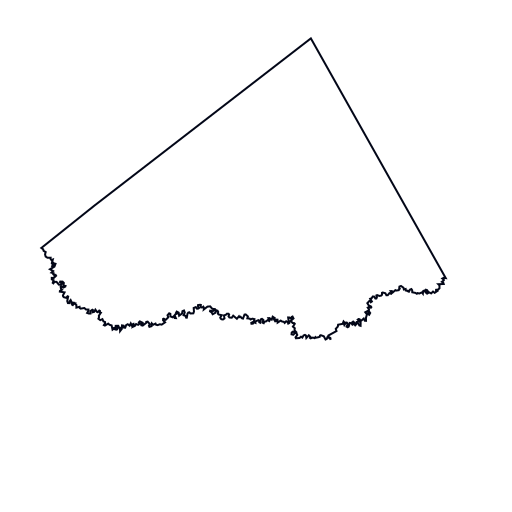 Belgrano, Santiago del Estero, Argentina (Albers equal-area conic projection), rotated 322°
{"feature_id": "61730980B47284560228773", "entity_name": "Belgrano", "entity_type": "district", "adm_level": 2, "iso_a3": "ARG", "parent_name": "Argentina", "parent_adm1": "Santiago del Estero", "projection": "albers", "projection_center": [-62.359, -29.145], "detail": "fine", "context": "isolated", "style": "outline", "palette": "ink", "viewbox_px": 512, "rotation_deg": 322, "n_neighbors": 0, "source": "geoboundaries", "source_scale": "gbopen_adm2", "svg_char_len": 6050}
<svg xmlns="http://www.w3.org/2000/svg" viewBox="0 0 512 512"><g transform="rotate(322 256 256)"><path d="M91.8,117.5L92.4,119.7L91.8,121.2L92.7,123.4L90.8,124.8L89.9,126.9L90.6,129.0L93.1,130.9L92.3,131.8L92.3,133.3L93.7,133.7L90.6,136.0L90.6,136.4L92.1,136.6L92.2,137.5L89.0,138.5L89.0,139.2L91.4,138.9L92.6,137.9L93.2,138.7L90.6,140.3L85.5,139.6L86.9,143.0L84.6,143.2L85.9,145.1L85.0,145.7L85.4,146.7L84.8,147.8L86.4,147.7L86.3,148.5L83.1,148.8L81.6,147.5L80.7,148.7L81.6,150.5L79.3,152.0L79.5,152.8L81.2,152.3L82.9,153.6L83.0,157.2L84.6,158.6L86.3,158.3L85.4,155.9L86.0,155.6L87.8,157.1L88.0,158.9L85.9,161.0L87.4,162.3L86.9,162.7L84.8,162.3L83.9,160.1L83.1,160.0L82.2,161.7L82.4,163.1L80.0,162.8L79.5,163.3L82.7,166.8L79.6,168.2L79.1,169.2L79.3,170.3L80.7,172.1L82.7,171.7L83.0,172.3L79.5,175.3L78.8,177.3L80.1,178.4L81.2,177.0L82.8,176.6L82.2,179.2L83.2,180.2L81.5,180.4L81.1,181.2L81.4,181.9L83.1,181.5L84.5,182.2L84.0,182.8L84.3,184.0L82.7,186.1L85.7,187.4L85.1,188.5L85.4,189.5L88.7,191.3L89.1,193.5L91.0,195.0L90.2,196.0L87.9,196.9L88.9,198.5L90.1,199.4L91.6,197.5L94.0,197.6L94.2,198.1L92.7,199.8L94.2,200.4L96.4,199.4L96.3,202.3L96.7,202.9L98.9,202.5L99.2,203.2L98.3,204.4L98.8,205.2L95.4,206.3L94.6,207.6L93.2,208.4L93.8,210.7L96.1,211.2L95.5,213.6L96.4,215.1L95.7,216.1L93.6,216.8L94.1,217.8L97.9,218.3L98.2,220.0L99.5,221.8L97.6,225.7L98.8,225.7L99.5,226.6L100.0,225.3L100.6,225.5L100.5,228.0L101.3,228.3L102.9,227.1L102.2,225.2L102.5,224.7L104.5,226.2L103.5,230.4L102.7,231.5L105.4,230.8L105.8,229.4L106.7,229.5L107.5,230.6L107.8,229.9L107.1,228.9L107.7,228.2L108.8,229.4L108.5,231.2L108.9,231.9L111.2,230.5L112.9,230.8L113.5,233.1L115.8,232.0L115.3,234.5L116.5,233.8L117.7,234.1L117.3,235.1L115.5,236.0L117.5,236.5L119.6,235.8L120.8,237.7L121.7,237.7L122.6,237.6L122.8,236.2L124.2,236.0L125.6,238.9L125.4,239.3L123.8,238.8L123.2,239.4L123.0,240.0L123.9,241.1L128.4,241.1L129.0,240.4L130.2,241.0L130.4,244.3L128.7,245.0L128.4,246.2L130.5,247.0L132.4,245.0L132.7,246.9L135.2,247.4L134.9,248.6L135.9,249.9L138.2,250.6L139.4,252.0L143.5,252.3L143.2,249.4L144.1,248.4L144.7,248.6L145.5,250.7L148.5,250.4L149.2,250.2L149.8,248.2L152.3,247.7L152.9,248.8L151.4,250.9L152.5,252.9L154.2,252.8L153.7,254.8L154.6,255.6L155.4,252.6L156.6,252.3L158.7,252.9L159.1,252.4L158.4,251.4L159.3,251.0L160.2,253.0L158.7,255.7L162.3,255.8L164.1,254.2L165.7,254.6L165.1,256.6L162.5,258.1L163.6,259.7L163.0,261.6L163.5,262.0L166.5,259.3L167.8,258.9L168.8,259.3L168.9,260.9L171.3,262.6L172.9,261.6L174.9,258.6L177.1,259.2L177.0,261.1L177.9,261.8L179.1,261.9L179.3,259.9L180.1,259.0L181.9,260.0L182.4,260.6L181.1,262.0L181.2,262.8L181.9,263.5L183.3,263.5L183.0,265.1L182.0,266.0L186.6,266.0L188.9,267.5L189.0,270.7L191.0,272.6L191.0,273.1L189.4,273.2L187.6,272.6L186.2,270.9L185.7,271.3L186.3,273.2L186.0,275.2L188.8,275.7L191.5,274.7L192.0,275.4L191.8,276.8L190.5,277.8L190.5,279.0L192.6,281.6L189.9,282.5L189.6,283.7L190.0,284.8L190.9,285.7L192.7,285.8L194.2,283.1L196.2,283.8L197.6,283.6L198.8,284.6L198.8,285.6L197.2,286.6L197.2,288.1L198.9,289.7L201.3,289.0L202.3,293.7L205.5,293.0L205.4,294.0L206.4,294.3L206.5,296.3L207.2,297.3L210.9,295.1L211.9,295.7L212.4,298.6L210.8,299.8L212.5,301.5L212.6,302.6L214.6,303.2L215.9,304.8L214.0,306.3L211.1,305.8L210.7,306.6L211.9,307.4L213.7,307.1L214.4,308.3L215.1,307.2L218.4,308.0L218.7,308.6L217.8,310.2L218.2,311.1L221.0,308.9L222.0,309.2L222.4,310.8L220.1,312.5L220.7,313.7L222.3,312.9L223.5,313.7L225.8,313.7L226.4,315.4L227.1,315.1L227.5,312.6L228.4,313.2L229.2,315.8L231.8,314.1L232.5,316.3L231.2,316.7L230.9,319.3L232.1,319.8L231.9,319.3L232.6,318.5L233.7,319.4L232.0,321.8L235.7,322.1L236.2,323.7L237.4,325.0L237.4,326.4L239.6,326.0L240.3,327.7L239.8,329.1L241.0,329.3L241.7,328.7L242.0,326.8L243.5,324.2L244.4,324.9L245.0,326.8L246.6,326.0L247.5,326.2L247.1,328.3L243.4,328.5L243.6,331.3L244.8,332.5L244.8,333.3L241.6,334.4L242.1,336.8L240.6,338.2L240.8,340.2L239.3,339.6L238.2,338.2L236.9,338.4L235.8,339.6L236.9,341.0L239.2,340.7L240.4,341.5L239.9,343.6L237.1,344.4L236.8,345.4L239.8,347.4L241.8,347.3L242.3,348.8L244.5,347.9L246.0,348.3L246.4,349.4L245.2,351.6L248.8,351.0L249.1,353.2L248.1,353.7L248.3,354.5L250.6,355.3L251.6,356.8L252.8,356.5L252.8,357.2L254.9,358.3L256.5,358.9L257.4,358.1L258.3,358.3L260.0,361.0L259.4,364.6L260.7,364.9L262.2,364.0L263.5,366.1L263.3,367.9L264.1,366.4L263.1,363.8L264.1,363.2L273.2,364.7L274.0,362.5L277.0,362.0L278.4,360.7L282.5,362.8L284.7,361.5L284.8,363.4L283.4,363.9L283.1,364.8L286.1,363.9L286.6,364.5L286.3,366.2L283.9,367.4L284.4,368.6L285.6,368.7L288.6,366.4L289.7,367.6L289.7,369.5L290.4,369.6L291.1,369.2L291.3,367.5L292.2,367.5L292.5,369.2L291.5,370.3L291.5,371.7L292.9,371.5L294.7,370.0L295.2,370.3L294.7,374.4L295.4,375.4L297.4,373.0L297.0,368.8L298.0,368.8L298.7,369.6L298.6,371.8L302.4,371.6L301.9,374.0L302.8,374.8L304.6,372.4L307.5,370.3L307.5,367.6L309.9,368.0L309.7,369.7L308.6,370.7L309.0,372.0L310.9,371.2L311.0,368.7L312.1,367.8L312.3,365.5L313.3,365.8L314.7,367.5L315.4,367.3L315.5,366.4L314.4,364.5L314.7,361.7L317.9,361.2L318.5,361.8L318.1,363.1L319.3,363.2L319.7,360.0L321.0,360.5L323.1,359.8L324.1,360.7L323.9,363.0L324.7,363.6L325.9,362.9L326.6,361.2L327.4,361.4L328.7,363.5L330.3,364.3L331.5,364.1L332.6,362.6L333.4,362.8L335.0,365.0L334.6,367.2L335.7,368.0L338.3,367.4L339.2,369.0L340.3,368.8L340.5,366.6L341.5,367.3L341.5,368.9L344.8,368.7L345.1,369.5L347.4,370.8L349.0,370.3L348.8,369.8L350.2,368.4L351.8,368.9L352.7,371.8L351.9,373.4L353.6,374.1L352.8,375.4L354.1,376.7L353.8,377.0L354.5,378.3L356.7,377.3L358.1,377.7L358.0,379.1L356.8,380.8L358.9,383.2L359.5,384.8L360.5,384.7L361.6,386.1L364.3,386.8L364.3,388.4L366.0,386.6L367.3,386.8L367.3,388.4L369.1,387.2L369.8,388.2L369.7,389.6L367.7,390.0L367.7,391.0L370.1,391.3L371.0,393.3L373.6,393.0L374.1,395.0L377.1,395.2L376.6,394.1L377.1,393.5L378.9,394.6L380.7,394.4L382.5,392.1L382.3,390.5L386.7,393.6L387.1,392.4L386.6,390.8L389.0,390.8L389.4,390.2L389.0,388.5L390.5,388.8L391.9,390.2L433.2,118.3L159.6,116.8L91.8,117.5Z" fill="none" stroke="#020617" stroke-width="2"/></g></svg>